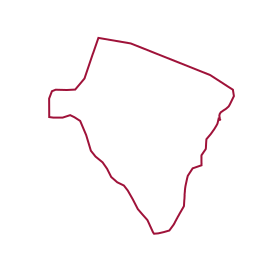 the district of Dar As Salam, North Darfur, Sudan, rotated 296°
{"feature_id": "16777658B35355118744985", "entity_name": "Dar As Salam", "entity_type": "district", "adm_level": 2, "iso_a3": "SDN", "parent_name": "Sudan", "parent_adm1": "North Darfur", "projection": "natural_earth1", "projection_center": [25.233, 13.229], "detail": "fine", "context": "isolated", "style": "outline", "palette": "rose", "viewbox_px": 256, "rotation_deg": 296, "n_neighbors": 0, "source": "geoboundaries", "source_scale": "gbopen_adm2", "svg_char_len": 2308}
<svg xmlns="http://www.w3.org/2000/svg" viewBox="0 0 256 256"><g transform="rotate(296 128 128)"><path d="M103.3,52.4L104.6,56.3L108.7,64.7L114.2,70.4L114.2,75.1L113.4,81.9L103.3,93.5L91.3,104.6L88.1,111.3L86.0,120.2L82.1,127.2L81.3,128.2L76.6,134.4L74.5,142.1L74.5,149.5L71.7,155.2L65.9,163.7L59.4,172.4L56.7,178.7L54.4,184.3L53.7,185.9L50.6,189.7L49.4,191.1L49.2,191.4L47.2,193.8L47.0,194.1L45.6,195.7L44.9,196.8L44.5,197.4L44.5,197.5L44.4,197.6L44.4,197.8L44.5,197.9L46.5,201.3L48.1,203.3L50.2,205.9L50.3,206.0L54.0,210.1L61.2,211.4L61.3,211.4L61.6,211.4L61.8,211.4L62.0,211.4L62.1,211.5L62.3,211.5L62.9,211.5L63.3,211.5L64.3,211.5L64.8,211.5L66.0,211.6L66.6,211.6L67.1,211.6L67.3,211.6L67.5,211.6L68.3,211.7L69.7,211.7L72.3,211.9L73.2,211.9L76.0,212.1L78.8,212.3L79.1,212.3L79.8,212.4L80.5,212.4L81.6,212.5L82.3,212.5L83.1,212.2L86.7,210.7L88.1,210.1L88.8,209.9L90.2,209.3L90.9,209.0L91.3,208.8L91.7,208.7L91.9,208.6L92.0,208.5L92.3,208.4L92.5,208.3L92.8,208.1L93.3,207.9L94.1,207.6L95.4,207.1L95.6,207.1L95.9,206.9L96.4,206.7L96.6,206.6L97.7,206.2L98.1,206.1L98.3,206.0L98.5,205.9L98.8,205.8L99.8,205.5L100.7,205.2L102.6,204.7L105.5,204.0L108.3,203.3L111.2,202.7L120.1,203.8L126.7,210.4L126.9,210.3L127.2,210.1L127.8,209.9L128.4,209.6L128.6,209.5L128.7,209.4L130.5,208.5L131.1,208.2L131.5,208.0L133.0,207.3L133.2,207.2L133.3,207.1L133.9,206.9L134.1,206.7L134.3,206.6L134.6,206.5L134.8,206.4L135.1,206.3L135.7,206.0L139.9,206.6L142.3,207.0L143.2,207.1L144.6,206.6L146.4,205.8L146.5,205.8L147.6,205.3L150.5,204.1L152.3,203.4L155.5,204.2L155.9,204.3L158.6,205.0L161.5,205.5L162.3,205.6L164.5,206.0L168.6,206.4L171.0,206.5L171.3,206.5L171.5,206.4L171.9,206.3L173.0,206.1L175.0,205.6L175.9,205.4L175.4,207.8L175.9,207.1L176.4,206.5L177.6,205.8L178.6,205.0L178.9,204.9L179.3,204.6L180.0,204.5L180.7,204.3L182.8,204.5L183.0,204.6L183.3,204.8L183.5,204.9L184.5,205.5L185.5,206.0L187.4,207.2L188.7,207.9L189.0,208.0L191.4,209.0L191.7,209.0L192.1,209.1L194.3,209.2L195.1,209.2L197.2,209.2L197.8,209.2L200.1,209.2L201.5,209.2L201.8,209.2L202.4,209.2L202.7,209.2L202.9,209.2L203.1,209.2L208.4,205.5L208.6,203.7L209.0,200.1L211.6,178.7L205.2,93.4L196.0,61.9L180.4,63.8L179.1,63.9L153.4,67.2L139.4,63.7L135.3,56.3L130.7,46.2L127.7,43.5L119.9,44.2L103.3,52.4Z" fill="none" stroke="#9f1239" stroke-width="2"/></g></svg>